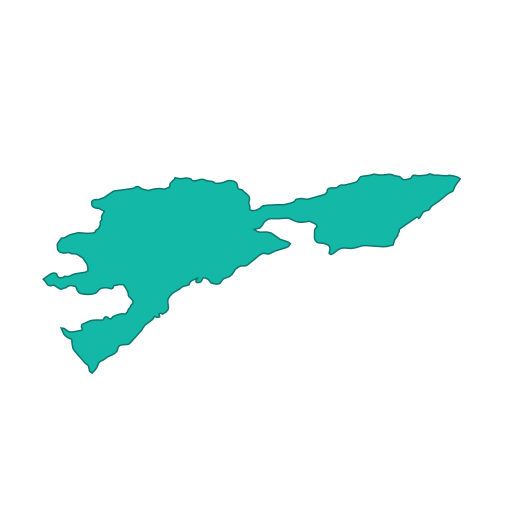 SVG path tracing the border of Tak, rotated 261°
{"feature_id": "THA-404", "entity_name": "Tak", "entity_type": "Province", "adm_level": 1, "iso_a3": "THA", "parent_name": "Thailand", "parent_adm1": "", "projection": "equal_earth", "projection_center": [98.786, 16.488], "detail": "fine", "context": "isolated", "style": "filled", "palette": "teal", "viewbox_px": 512, "rotation_deg": 261, "n_neighbors": 0, "source": "natural_earth", "source_scale": "10m", "svg_char_len": 6040}
<svg xmlns="http://www.w3.org/2000/svg" viewBox="0 0 512 512"><g transform="rotate(261 256 256)"><path d="M243.1,194.6L242.0,189.8L241.2,187.5L240.0,186.4L238.0,185.3L237.6,182.8L237.5,180.0L236.8,177.7L235.4,175.5L233.3,170.0L232.0,167.4L229.7,164.5L227.5,162.6L224.9,161.7L218.8,161.5L216.6,160.6L214.9,158.5L213.2,154.7L213.7,154.1L214.4,152.6L214.2,151.3L211.0,151.3L210.7,149.8L211.3,147.9L212.3,146.4L209.5,143.9L205.1,135.6L202.7,133.1L200.7,131.6L190.0,118.4L189.0,116.8L188.7,114.6L189.2,111.1L189.3,109.0L188.5,106.6L187.1,105.4L185.2,104.6L183.5,103.5L181.9,101.2L181.0,98.9L179.7,94.1L177.0,88.5L176.4,86.0L175.3,84.3L174.0,83.3L171.0,81.5L169.2,79.9L166.0,76.0L168.0,73.6L173.3,73.3L174.9,72.7L175.1,72.2L177.0,70.5L190.6,61.9L192.4,61.1L193.6,60.7L198.1,60.6L201.7,61.0L202.3,60.8L202.8,60.6L204.7,57.5L205.9,56.2L208.0,54.5L208.7,54.1L215.4,52.3L214.4,55.3L211.1,58.5L210.1,60.3L209.7,62.9L209.8,69.5L210.0,71.7L210.2,72.5L210.5,72.9L211.5,73.0L213.3,72.4L215.1,73.1L215.8,73.8L217.8,81.4L218.1,84.1L217.8,87.9L216.8,93.7L216.8,94.6L217.0,95.3L218.8,96.5L219.3,97.3L219.4,98.0L219.3,98.7L218.9,99.7L217.2,101.1L216.7,102.1L216.7,102.7L216.9,103.3L218.4,105.2L218.8,106.2L219.9,111.9L219.9,114.6L219.3,116.7L219.4,118.2L219.9,119.1L220.9,120.2L223.4,121.7L224.9,123.6L226.9,124.8L228.4,126.8L229.4,127.3L231.0,127.3L232.0,126.9L235.9,124.1L236.8,123.8L239.1,123.9L240.7,123.7L243.9,122.7L247.9,120.9L248.5,120.1L249.2,116.4L248.9,113.9L249.0,111.5L248.5,110.6L247.2,109.9L246.5,109.3L246.3,108.2L246.5,107.1L247.5,105.2L248.1,102.9L248.4,100.3L248.3,98.2L247.8,96.5L247.3,95.7L245.1,93.1L244.4,91.7L244.2,90.4L244.0,87.6L244.5,82.8L245.8,78.3L246.4,76.8L247.0,75.9L247.7,75.3L249.8,74.2L253.1,73.5L253.7,73.2L254.1,72.9L255.6,69.4L255.9,67.5L255.7,66.3L255.4,65.2L254.4,63.4L254.2,60.8L253.7,59.2L253.7,58.6L254.0,57.4L254.6,56.6L256.8,54.1L258.5,52.4L258.7,51.9L258.9,50.8L258.6,49.0L258.7,48.4L259.3,46.8L259.8,46.0L260.6,45.4L263.6,44.1L266.4,42.2L270.2,49.8L270.8,52.0L270.8,54.2L269.7,56.1L267.2,56.8L265.7,57.7L265.0,59.7L265.0,62.0L265.9,63.8L265.1,66.8L265.4,69.4L266.3,71.9L266.7,74.5L266.7,85.0L267.7,87.7L270.8,88.1L274.2,87.9L279.3,85.5L280.2,85.2L281.1,84.6L285.9,79.3L286.3,78.3L287.0,74.5L288.6,72.0L288.8,71.4L288.8,68.0L289.1,66.0L290.4,63.1L291.0,62.5L292.0,61.7L293.6,61.1L298.3,61.4L300.0,62.5L304.1,66.6L303.9,69.2L304.2,70.5L304.9,72.1L305.7,74.5L306.2,76.8L306.8,83.4L306.6,85.3L306.1,87.2L304.7,93.1L304.2,98.3L304.4,99.8L304.6,100.7L305.9,101.4L306.4,101.9L307.8,104.8L311.2,107.1L313.9,107.4L314.9,108.2L315.6,109.1L316.2,109.4L316.8,109.6L318.9,109.5L320.1,110.2L323.5,112.9L324.3,113.0L325.6,110.9L327.7,108.3L328.2,105.9L328.6,104.8L330.0,102.8L330.7,102.2L331.6,101.9L334.5,102.1L335.5,102.4L336.4,103.4L336.8,105.2L336.8,106.6L336.4,109.3L336.6,111.0L337.0,112.0L337.4,114.9L342.4,125.5L342.0,143.8L342.1,146.2L343.1,148.2L343.2,149.0L343.1,149.9L342.6,151.1L340.0,154.0L337.7,159.4L337.5,160.4L337.9,162.6L338.1,167.1L337.7,171.4L336.5,175.7L336.6,177.5L337.6,181.3L338.0,181.6L340.5,182.3L341.3,182.8L342.6,184.5L344.4,187.3L345.1,187.9L346.0,188.3L344.5,192.3L344.0,194.8L344.0,198.8L343.6,200.8L342.5,203.4L342.0,203.9L340.5,204.9L340.1,205.6L339.9,206.8L339.8,209.1L340.3,212.5L340.3,213.9L339.9,216.0L338.0,219.3L336.5,224.4L335.5,226.0L334.7,226.5L334.0,227.8L333.7,230.2L333.6,232.9L333.8,235.4L334.5,238.3L334.8,240.9L334.4,243.1L333.2,246.1L332.7,246.7L331.3,248.0L330.0,248.5L326.1,248.8L325.2,249.1L324.6,249.9L323.8,252.0L323.3,252.9L320.9,254.4L320.0,255.5L317.0,257.8L315.6,258.4L313.0,258.6L310.8,257.6L309.3,257.1L305.9,257.7L303.1,257.1L302.5,257.4L302.0,258.1L301.2,260.3L301.2,263.0L302.3,267.1L302.7,267.9L304.0,269.5L304.4,271.0L304.4,275.5L303.7,280.9L303.6,283.5L302.4,290.4L302.3,292.7L302.9,298.9L303.3,301.0L304.1,302.8L305.5,304.1L305.7,305.0L305.8,309.3L305.3,311.4L304.8,312.5L304.2,314.7L304.0,316.8L306.0,333.0L306.3,334.0L307.2,335.4L308.4,336.4L310.0,336.6L310.9,337.6L311.4,338.6L311.5,340.8L310.8,345.8L310.9,346.6L312.2,348.9L312.7,350.6L312.8,351.4L312.2,354.4L312.6,360.2L313.2,365.4L313.5,366.6L313.8,367.4L315.2,369.1L316.8,370.4L317.8,371.6L318.1,373.1L317.9,381.2L318.4,384.9L318.3,385.7L317.2,388.8L316.5,391.8L316.2,393.7L315.9,400.1L315.7,401.3L314.8,403.4L313.6,405.5L312.3,409.4L311.8,410.3L311.4,410.9L309.8,412.0L308.5,413.4L308.2,414.1L308.0,415.1L308.3,420.4L308.7,421.3L310.5,422.9L311.0,423.8L311.1,424.4L311.0,425.2L310.0,428.3L309.7,430.0L309.2,437.2L309.8,439.3L309.9,440.7L308.2,444.2L307.8,445.3L307.7,446.9L305.8,454.8L305.3,458.0L305.5,459.3L304.7,462.1L303.5,465.2L302.3,467.6L300.3,469.8L294.9,464.4L292.9,462.8L290.1,461.3L289.3,460.6L289.0,459.9L288.1,456.9L287.0,454.4L281.9,445.9L278.2,438.0L276.7,436.1L274.9,434.5L274.5,433.9L273.9,430.2L273.5,428.8L273.1,428.2L272.8,427.6L268.2,423.8L267.7,422.7L269.1,421.6L269.1,421.0L268.8,419.9L260.5,402.6L259.7,401.6L257.7,401.3L256.0,399.8L255.4,399.5L254.3,399.4L253.5,398.8L250.6,395.7L245.4,393.0L244.9,386.7L245.3,382.8L249.2,365.8L249.5,362.7L248.6,355.6L248.5,351.5L250.0,345.0L250.4,342.0L249.6,338.6L246.2,332.3L245.8,330.0L246.9,328.7L248.4,329.0L251.2,330.3L253.9,330.1L254.9,329.4L256.3,327.9L258.0,324.6L258.8,321.2L259.9,318.4L262.5,316.8L264.7,316.6L272.4,317.9L273.9,318.8L274.6,320.0L275.5,320.8L277.4,320.4L278.5,319.4L281.5,315.2L282.0,313.7L282.0,309.7L282.2,306.1L283.0,302.8L284.6,299.7L288.1,294.4L288.7,291.7L289.3,284.1L290.6,276.7L290.5,273.6L288.3,269.5L285.4,267.1L283.0,264.1L282.6,258.3L279.9,261.2L278.9,263.9L277.9,270.8L276.2,274.8L268.6,282.6L264.8,290.0L262.8,291.9L260.4,289.7L259.6,287.1L257.8,275.0L256.2,270.1L256.0,268.3L257.3,264.7L257.5,263.0L256.5,259.9L248.8,246.7L248.0,244.9L248.0,243.1L248.4,241.3L248.5,239.8L248.2,238.2L247.7,236.5L245.9,233.4L241.5,229.5L239.8,226.3L238.9,221.7L238.3,219.8L234.5,216.0L234.3,213.0L235.3,209.8L236.8,207.0L238.6,206.3L240.7,204.7L242.2,202.6L242.6,200.7L241.6,199.4L239.3,197.8L238.7,195.8L239.0,193.4L240.1,192.6L241.5,193.1L243.1,194.6Z" fill="#14b8a6" stroke="#0f766e" stroke-width="1.5"/></g></svg>